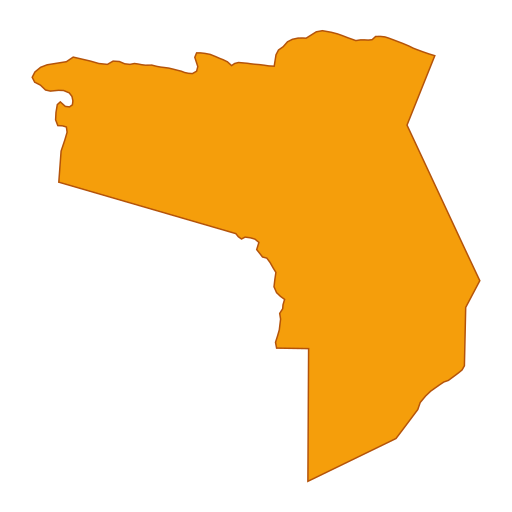 Macau, Rio Grande do Norte, Brazil (Robinson projection)
{"feature_id": "56859067B94712622346809", "entity_name": "Macau", "entity_type": "district", "adm_level": 2, "iso_a3": "BRA", "parent_name": "Brazil", "parent_adm1": "Rio Grande do Norte", "projection": "robinson", "projection_center": [-36.568, -5.232], "detail": "fine", "context": "isolated", "style": "filled", "palette": "amber", "viewbox_px": 512, "rotation_deg": 0, "n_neighbors": 0, "source": "geoboundaries", "source_scale": "gbopen_adm2", "svg_char_len": 1891}
<svg xmlns="http://www.w3.org/2000/svg" viewBox="0 0 512 512"><path d="M396.0,438.5L404.4,427.4L417.8,409.5L420.2,402.5L425.6,396.0L430.6,391.2L434.8,388.2L439.6,384.8L443.8,382.0L448.4,380.4L458.6,372.8L462.1,369.9L464.4,365.8L465.7,307.4L479.8,280.7L465.7,250.8L407.0,125.1L434.8,55.7L429.2,54.0L423.1,51.9L416.9,49.6L413.3,48.2L409.1,46.1L402.7,43.4L397.7,41.5L393.5,39.9L388.4,38.0L384.9,36.9L380.3,36.4L375.6,36.5L372.1,39.7L368.3,40.1L364.7,39.9L360.4,39.9L355.8,40.6L352.5,39.4L348.5,38.0L345.4,36.8L342.3,35.6L337.5,33.9L331.4,32.3L326.4,31.4L322.4,30.7L316.3,31.8L312.0,34.5L306.1,38.2L302.7,38.0L298.0,38.1L292.4,39.3L287.5,41.8L283.2,46.7L278.5,50.0L276.0,54.8L274.2,66.2L268.7,65.9L264.1,65.2L259.4,64.6L254.2,64.2L250.8,63.8L247.5,63.3L243.0,62.9L238.5,62.5L234.6,63.5L231.6,65.6L227.4,61.8L223.1,59.7L219.7,58.4L215.4,56.5L210.2,54.4L204.9,53.4L200.6,52.9L196.6,52.9L194.8,57.3L197.8,66.6L196.6,71.2L192.4,73.6L188.4,73.3L184.6,72.5L181.3,71.2L177.2,70.2L173.4,69.2L168.8,68.1L164.3,67.5L160.8,67.1L156.9,66.4L151.8,65.1L145.4,65.2L141.6,64.7L138.0,64.0L134.4,63.5L130.0,64.4L124.7,63.8L119.3,61.5L113.1,61.1L107.4,64.4L98.8,63.5L90.5,61.1L73.2,57.1L66.4,61.7L47.1,64.8L40.6,67.3L34.9,72.0L32.2,77.3L34.7,82.2L40.4,85.1L45.5,90.0L50.4,91.1L58.5,90.3L63.6,90.5L69.3,92.9L72.0,96.5L72.9,100.9L72.4,104.8L69.5,106.9L65.3,106.4L60.3,101.9L57.3,104.6L56.0,112.3L55.6,119.8L57.8,125.6L62.4,125.8L66.4,127.0L67.1,132.2L64.8,140.1L61.1,151.1L58.8,182.2L235.8,233.6L238.3,236.7L241.5,239.0L245.1,237.1L250.4,237.8L254.9,239.1L258.9,242.4L256.7,249.6L259.8,253.5L262.5,257.0L266.8,258.1L270.0,262.4L273.3,268.2L275.9,272.4L274.9,279.2L274.0,286.8L276.6,292.7L280.5,296.4L284.6,299.4L283.0,304.8L282.7,308.7L279.7,313.4L280.6,319.1L279.9,324.9L279.3,329.9L277.5,336.1L275.5,342.3L276.6,348.1L308.6,348.6L307.9,481.3L396.0,438.5Z" fill="#f59e0b" stroke="#b45309" stroke-width="1.5"/></svg>